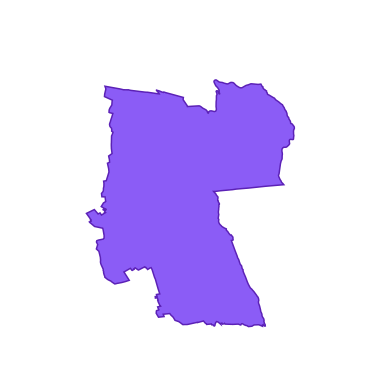 the district of Sendriceni, Botosani, Romania, rotated 206°
{"feature_id": "2599482B21165352154919", "entity_name": "Sendriceni", "entity_type": "district", "adm_level": 2, "iso_a3": "ROU", "parent_name": "Romania", "parent_adm1": "Botosani", "projection": "robinson", "projection_center": [26.329, 47.938], "detail": "fine", "context": "isolated", "style": "filled", "palette": "violet", "viewbox_px": 384, "rotation_deg": 206, "n_neighbors": 0, "source": "geoboundaries", "source_scale": "gbopen_adm2", "svg_char_len": 5971}
<svg xmlns="http://www.w3.org/2000/svg" viewBox="0 0 384 384"><g transform="rotate(206 192 192)"><path d="M177.4,319.2L179.7,317.7L185.8,315.4L186.6,315.0L188.4,313.0L189.5,312.1L190.3,311.3L192.8,307.6L194.0,306.9L195.5,306.7L198.4,307.0L199.3,307.2L202.0,308.2L203.2,308.3L204.6,307.8L205.4,307.3L206.8,305.3L207.5,304.7L207.9,304.5L210.9,303.9L212.9,303.7L215.1,302.9L215.8,302.8L218.2,303.2L219.4,303.3L220.0,303.0L220.5,302.5L220.8,301.7L220.8,301.3L220.6,300.8L220.0,300.1L217.2,297.9L214.7,297.0L213.0,296.0L212.0,295.1L211.3,293.5L210.5,292.8L210.2,292.4L210.3,292.2L210.9,292.2L212.6,293.7L213.2,294.1L213.9,294.0L214.3,293.7L214.4,293.4L214.4,293.0L214.2,292.8L212.4,291.0L212.3,290.5L212.3,289.5L212.0,288.7L210.6,285.8L209.9,283.8L207.8,279.3L206.3,277.0L206.1,275.8L206.2,275.1L206.4,274.8L207.2,274.1L209.9,273.5L210.8,273.1L211.5,272.6L212.1,271.6L211.9,270.3L212.0,270.0L212.6,270.1L214.0,271.4L215.1,271.9L216.2,272.0L219.1,272.1L221.4,272.6L222.9,272.7L224.2,272.1L233.6,266.8L234.2,267.5L240.3,271.0L240.7,271.6L241.2,273.2L255.0,270.6L259.0,269.8L260.7,269.6L261.3,269.4L261.3,269.0L262.7,268.7L265.7,268.5L268.6,268.0L268.6,267.9L267.3,267.2L265.7,266.7L264.5,265.8L265.6,265.4L275.6,262.2L277.9,261.2L291.3,256.6L292.7,256.2L293.6,256.1L298.3,253.9L301.8,253.1L316.6,248.9L314.6,246.9L313.4,241.7L312.5,239.4L303.8,239.6L303.5,238.3L302.2,235.1L302.6,231.2L302.5,230.1L302.4,229.3L301.5,227.2L300.6,227.2L297.6,227.9L297.1,225.3L296.5,220.9L296.2,219.4L296.1,218.3L295.9,217.0L295.5,216.2L294.7,215.2L294.2,214.8L292.3,214.0L291.2,212.4L291.0,211.6L290.8,211.4L289.3,211.2L289.2,211.1L288.9,208.8L288.9,207.2L286.7,202.4L286.0,200.9L285.7,200.1L285.1,198.8L283.4,195.6L280.7,191.5L282.7,187.8L280.5,185.0L279.1,182.6L280.6,180.8L277.2,176.5L275.4,173.6L274.0,164.6L276.2,163.0L275.0,161.3L273.7,158.5L273.2,156.4L272.7,155.4L272.2,154.1L272.2,153.3L272.7,151.0L270.9,148.2L268.0,149.5L265.4,145.6L266.8,143.3L267.2,139.1L263.8,138.8L264.1,137.1L262.5,137.0L262.3,138.9L261.6,138.8L261.8,135.4L260.8,135.4L263.3,131.6L265.5,132.9L266.8,131.1L272.1,133.4L277.5,126.5L270.5,122.7L270.9,122.2L269.9,121.6L271.1,120.1L270.2,119.7L269.4,119.6L264.5,118.3L256.4,120.3L255.4,119.2L251.8,114.2L250.8,111.9L251.2,110.7L255.0,107.8L256.2,106.5L256.0,105.2L253.7,103.4L253.0,98.9L249.7,97.9L245.8,93.2L244.2,90.5L243.8,89.4L243.3,88.5L242.5,87.5L241.5,86.6L238.1,83.8L237.7,83.2L237.5,82.6L236.7,81.9L236.0,80.6L234.8,79.2L233.4,77.9L233.0,77.2L229.6,76.4L227.0,76.3L226.3,76.5L225.1,76.1L221.2,75.5L220.4,76.0L219.3,77.0L215.5,79.8L212.6,82.3L209.7,85.1L218.1,90.3L214.0,96.3L213.9,96.4L212.0,95.4L211.4,95.3L210.1,97.1L210.6,97.4L210.0,98.7L209.8,98.9L206.6,98.4L205.9,98.4L201.7,104.0L200.9,103.6L200.6,104.0L200.4,104.0L197.9,102.9L196.4,105.3L195.6,106.1L193.9,104.8L188.0,98.6L187.0,97.9L179.9,90.0L176.3,86.3L179.0,84.3L177.7,82.9L179.2,81.9L178.4,80.6L176.7,81.7L175.1,80.0L175.4,79.7L174.1,78.3L172.4,77.0L170.9,75.6L170.5,75.9L170.1,75.6L172.5,73.7L171.1,72.3L170.1,71.6L170.1,71.4L171.8,69.9L171.9,69.6L171.8,69.2L171.4,68.4L171.1,67.4L169.5,66.3L167.2,64.8L162.5,67.8L164.3,69.5L158.7,73.0L157.2,72.2L154.3,71.3L153.2,70.7L151.0,69.2L147.1,69.7L145.1,69.4L142.2,68.8L138.6,70.6L137.8,71.1L130.1,77.2L129.9,77.0L125.1,81.1L122.7,80.0L121.6,79.8L121.3,79.9L120.8,79.4L116.7,81.9L116.1,81.3L115.8,81.5L114.7,81.8L114.1,81.3L113.1,81.4L113.0,81.6L112.9,82.0L113.3,83.4L113.3,84.3L113.5,84.8L113.3,85.6L113.0,86.4L111.3,86.5L108.2,85.7L108.8,86.3L107.6,87.3L106.7,86.6L105.4,87.6L105.2,88.2L104.9,88.1L104.6,87.8L104.3,87.8L97.3,90.9L92.6,93.5L92.2,93.6L90.2,93.7L89.8,94.0L89.9,94.5L89.7,95.2L89.3,95.6L88.7,95.7L86.8,95.5L84.9,95.7L84.1,96.0L82.7,95.8L82.2,95.8L79.3,97.6L78.5,98.9L77.8,99.8L74.5,101.6L73.6,102.0L69.9,102.2L70.1,102.5L70.5,103.0L69.9,104.0L69.4,103.6L68.6,103.3L68.1,103.3L67.4,103.7L68.0,104.7L68.5,105.2L69.2,105.5L70.3,106.9L70.8,107.3L70.8,107.9L71.3,108.7L72.2,109.7L73.6,110.4L75.0,111.7L75.5,112.7L76.4,113.6L78.0,114.9L78.5,115.8L81.4,119.3L83.3,121.1L84.1,122.3L84.5,124.0L85.7,125.6L86.7,126.5L87.4,126.7L88.7,127.5L92.9,129.7L94.5,130.3L95.5,130.8L97.6,131.4L100.7,133.6L102.6,135.2L106.7,139.1L110.1,142.0L111.5,143.4L112.0,144.5L113.3,145.1L115.0,147.3L117.1,148.3L118.7,149.9L119.5,150.8L120.5,151.8L122.3,153.0L123.1,154.0L127.2,157.8L135.4,165.7L134.1,166.7L134.1,167.0L134.4,167.6L135.0,168.4L135.4,169.3L137.9,170.6L138.3,170.2L138.7,170.2L140.6,170.9L142.5,172.1L144.3,172.7L144.5,172.9L145.0,173.9L146.9,173.8L150.1,174.1L150.9,174.5L152.8,175.1L154.4,176.2L155.2,177.2L155.5,177.9L155.7,178.7L156.0,179.2L156.8,179.6L157.0,180.1L157.5,181.5L157.6,182.2L157.9,182.7L158.0,183.4L159.0,184.7L159.6,185.7L160.6,188.6L160.9,189.0L161.4,190.8L161.8,191.3L162.3,192.6L162.0,192.8L162.2,193.4L162.5,193.7L164.1,194.7L164.4,195.5L165.1,195.6L165.8,197.0L166.0,197.9L166.5,198.9L168.5,199.8L169.0,200.1L169.5,200.6L172.8,202.0L171.2,202.8L167.3,205.4L156.4,212.0L153.7,213.9L142.8,220.4L128.4,229.4L112.7,238.8L114.2,239.5L115.6,239.9L116.9,241.0L118.3,241.8L120.8,243.9L121.5,244.8L121.7,245.3L121.7,246.4L124.9,256.2L125.5,259.0L125.5,260.9L125.7,261.6L126.9,264.2L127.3,265.5L128.0,266.7L128.6,267.4L129.4,268.7L129.8,269.7L129.9,270.7L129.7,271.4L129.3,272.3L127.1,273.5L126.6,274.1L125.6,276.6L125.4,278.1L127.0,280.6L127.2,281.8L127.0,282.1L126.6,282.5L124.4,283.3L124.0,283.7L124.0,284.1L124.5,285.3L125.2,287.4L126.1,288.6L127.5,291.3L127.6,291.8L127.9,292.7L127.9,293.0L127.7,293.6L128.5,295.2L129.3,295.8L131.7,297.0L132.4,297.1L133.0,296.9L133.5,297.1L134.1,298.1L135.0,299.0L136.8,300.1L137.7,301.2L139.6,302.1L140.4,303.1L141.2,304.4L142.1,305.1L142.7,305.8L144.8,306.9L146.0,308.1L148.0,309.3L149.0,310.1L149.7,310.1L151.7,310.5L153.5,311.0L156.8,311.5L157.3,311.6L159.0,312.5L160.4,312.5L165.0,312.9L166.9,312.9L167.8,314.0L168.8,314.5L169.3,315.5L170.8,315.6L171.2,315.9L172.1,315.9L173.3,316.3L174.0,316.9L174.2,317.5L175.0,317.5L177.4,319.2Z" fill="#8b5cf6" stroke="#5b21b6" stroke-width="1.5"/></g></svg>